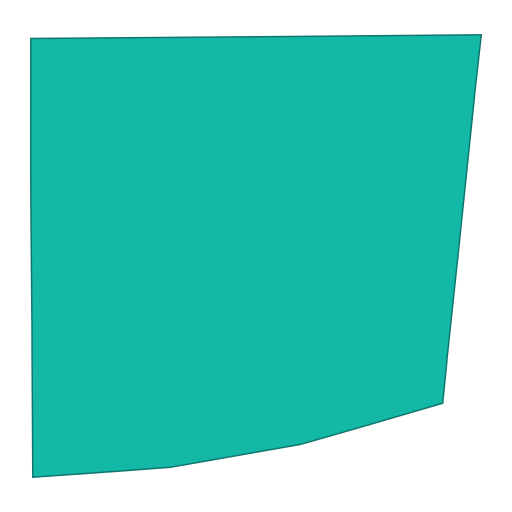 Clarke, Mississippi, United States of America (orthographic projection)
{"feature_id": "52423323B26987461690173", "entity_name": "Clarke", "entity_type": "district", "adm_level": 2, "iso_a3": "USA", "parent_name": "United States of America", "parent_adm1": "Mississippi", "projection": "orthographic", "projection_center": [-88.63, 32.027], "detail": "fine", "context": "isolated", "style": "filled", "palette": "teal", "viewbox_px": 512, "rotation_deg": 0, "n_neighbors": 0, "source": "geoboundaries", "source_scale": "gbopen_adm2", "svg_char_len": 385}
<svg xmlns="http://www.w3.org/2000/svg" viewBox="0 0 512 512"><path d="M442.7,403.2L446.7,363.1L446.9,359.9L459.4,242.3L459.5,241.3L460.9,227.5L470.5,134.9L474.5,96.2L474.5,95.4L481.3,34.8L302.0,36.4L30.8,38.5L30.7,166.2L31.1,231.4L32.0,327.0L32.1,358.3L32.8,477.2L127.8,470.5L170.7,467.2L300.4,444.4L359.8,427.4L442.7,403.2Z" fill="#14b8a6" stroke="#0f766e" stroke-width="1.5"/></svg>